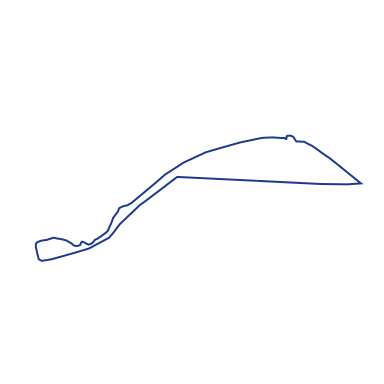 Nukualofa, Tuvalu (Albers equal-area conic projection), rotated 75°
{"feature_id": "33948139B78407922275584", "entity_name": "Nukualofa", "entity_type": "district", "adm_level": 2, "iso_a3": "TUV", "parent_name": "Tuvalu", "parent_adm1": "", "projection": "albers", "projection_center": [179.808, -9.373], "detail": "fine", "context": "isolated", "style": "outline", "palette": "blue", "viewbox_px": 384, "rotation_deg": 75, "n_neighbors": 0, "source": "geoboundaries", "source_scale": "gbopen_adm2", "svg_char_len": 1393}
<svg xmlns="http://www.w3.org/2000/svg" viewBox="0 0 384 384"><g transform="rotate(75 192 192)"><path d="M227.4,26.6L201.3,45.6L194.2,50.9L191.0,53.8L182.1,61.0L178.3,64.3L174.2,69.0L172.5,70.6L171.9,72.9L171.0,75.2L170.6,76.6L170.3,77.9L169.5,78.4L167.9,79.0L166.6,79.3L165.0,79.9L164.1,80.8L163.1,82.2L162.6,84.1L162.4,85.6L163.1,86.4L163.7,86.5L164.5,86.7L165.1,87.2L164.9,87.9L163.7,88.9L163.4,89.7L163.4,90.4L160.6,98.6L159.5,102.7L158.1,109.1L157.7,113.0L156.6,132.5L156.9,155.0L157.2,168.3L161.4,192.4L168.2,213.5L173.9,225.2L177.2,232.3L186.9,253.3L188.2,258.2L187.9,260.3L188.1,263.8L188.9,266.7L190.8,267.9L192.1,269.1L194.0,271.6L196.6,274.9L199.5,276.8L201.8,278.6L205.1,281.3L208.1,283.8L209.1,285.9L210.0,288.2L211.2,291.2L212.7,295.5L213.0,298.0L214.9,300.5L215.8,302.5L216.1,305.4L215.1,306.8L213.2,308.6L211.5,311.0L212.3,312.3L214.1,313.6L214.4,314.9L214.4,316.6L214.1,318.3L213.5,319.4L212.3,320.6L210.5,321.6L208.1,324.2L206.3,325.9L204.7,328.6L203.0,332.0L201.6,335.2L200.3,337.5L200.7,344.6L200.3,347.4L200.0,350.8L200.5,354.8L202.0,356.3L204.9,357.1L210.1,357.3L214.6,357.4L217.2,357.4L218.6,356.1L219.3,355.3L219.8,354.3L219.8,352.5L220.2,350.0L220.6,345.1L220.5,332.2L220.3,319.8L219.9,306.1L214.7,283.9L211.3,278.9L204.4,270.1L191.2,245.9L188.9,239.8L173.6,202.4L184.4,168.8L217.5,65.9L224.8,40.1L227.4,26.6Z" fill="none" stroke="#1e3a8a" stroke-width="2"/></g></svg>